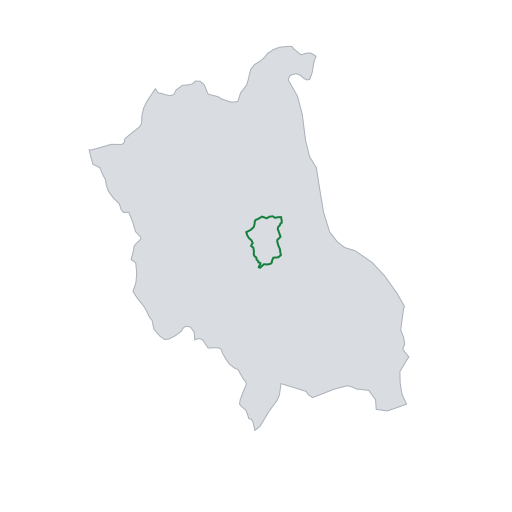 Gabrovo highlighted on a map of Bulgaria, rotated 69°
{"feature_id": "BGR-2246", "entity_name": "Gabrovo", "entity_type": "Province", "adm_level": 1, "iso_a3": "BGR", "parent_name": "Bulgaria", "parent_adm1": "", "projection": "orthographic", "projection_center": [25.265, 42.966], "detail": "fine", "context": "in_parent", "style": "outline", "palette": "green", "viewbox_px": 512, "rotation_deg": 69, "n_neighbors": 0, "source": "natural_earth", "source_scale": "10m", "svg_char_len": 3070}
<svg xmlns="http://www.w3.org/2000/svg" viewBox="0 0 512 512"><g transform="rotate(69 256 256)"><path d="M418.5,319.5L409.9,318.3L407.0,318.8L405.1,321.0L401.2,320.7L396.3,320.8L391.3,323.4L388.5,324.5L384.7,322.4L377.5,316.0L373.1,311.5L369.9,310.4L366.8,311.8L355.4,313.6L352.8,316.4L347.6,319.4L342.3,320.9L334.7,322.1L330.7,322.0L328.5,323.5L326.7,327.8L325.4,332.1L324.3,333.8L314.9,336.0L312.8,338.5L312.3,340.8L312.5,343.2L304.9,341.0L299.0,342.6L297.7,344.4L296.4,347.1L297.2,349.8L299.4,352.5L301.5,359.8L302.3,367.1L301.1,371.3L296.7,374.3L287.7,377.6L278.9,376.1L275.0,377.4L268.5,377.9L262.6,378.8L253.4,381.8L245.1,383.6L237.6,377.5L228.7,373.3L219.5,370.8L216.2,372.6L214.8,374.0L207.1,368.5L203.6,366.6L201.9,364.5L198.8,357.3L196.8,357.0L190.4,359.6L184.3,359.4L180.5,358.9L169.5,359.1L168.0,364.0L166.6,364.7L164.2,365.3L158.4,364.9L150.8,368.4L142.7,370.5L136.4,370.4L130.0,369.2L126.1,369.9L117.7,370.1L112.2,375.3L104.0,374.7L97.1,373.7L98.0,372.0L99.9,351.0L103.6,341.7L103.5,339.8L102.8,338.3L99.8,336.7L97.8,331.5L93.6,318.1L91.1,315.3L84.1,312.2L78.0,308.2L72.9,302.9L63.7,290.0L68.6,289.0L70.1,286.4L75.2,279.7L75.9,276.3L75.4,274.4L72.3,271.0L70.3,263.6L72.2,256.9L72.5,253.4L70.9,249.9L72.8,245.7L76.3,243.5L78.5,242.9L87.7,242.7L93.7,234.3L97.3,231.6L101.1,226.9L102.8,225.1L104.5,221.4L105.1,217.5L98.1,211.9L95.7,207.7L92.7,203.1L88.4,199.9L79.9,194.2L76.7,188.7L75.4,181.6L73.3,176.2L70.8,172.6L70.5,169.8L69.5,166.3L69.5,159.5L71.9,150.5L73.3,147.3L76.3,146.5L84.2,141.9L84.8,135.8L86.3,132.0L88.8,129.9L91.1,128.4L95.3,132.2L105.4,138.2L110.3,142.5L110.0,145.1L107.6,147.6L103.0,149.9L100.3,153.2L99.5,157.3L100.1,160.2L103.1,162.8L121.8,160.0L140.6,162.1L165.8,168.3L182.6,170.4L195.1,168.0L218.1,172.9L239.5,177.3L260.1,178.6L271.6,175.1L279.7,170.4L286.6,161.6L303.7,149.9L320.2,143.2L341.8,137.6L356.2,135.5L358.3,137.3L377.1,147.5L385.3,147.3L392.0,149.0L394.5,151.7L396.2,152.3L405.0,149.5L409.1,155.1L415.5,163.1L426.1,166.9L435.5,168.9L438.5,169.2L448.3,168.6L447.7,189.0L442.2,198.7L433.1,195.9L421.8,198.9L416.2,209.8L412.8,213.1L409.9,217.0L408.3,231.0L408.5,253.9L404.3,256.8L400.3,257.8L384.1,278.4L393.9,283.8L398.3,288.0L405.7,299.7L416.3,313.0L418.5,319.5Z" fill="#d9dde1" stroke="#a8b0b8" stroke-width="1"/><path d="M230.2,256.5L230.2,255.7L229.7,251.5L228.1,247.7L225.7,245.9L223.0,244.6L222.4,243.7L222.1,242.6L222.3,241.3L222.0,240.1L221.4,236.3L224.7,232.4L224.1,229.7L224.9,226.2L227.2,224.5L227.7,221.4L228.7,218.7L231.6,219.2L234.1,220.0L234.5,221.6L235.8,222.6L236.8,224.8L238.5,226.0L246.8,226.2L247.7,228.0L248.5,230.2L250.1,231.0L254.1,231.4L258.4,231.2L260.4,231.8L264.1,232.5L265.2,235.7L263.8,240.4L266.4,243.0L267.6,243.4L268.4,244.7L268.3,246.9L267.8,248.8L266.5,251.5L267.9,254.9L268.4,256.5L267.5,257.4L266.3,256.4L265.2,254.9L264.2,254.4L262.7,256.1L261.6,255.7L260.6,256.3L259.5,256.8L258.5,256.4L257.4,256.3L255.9,257.4L253.9,257.6L250.7,256.2L247.3,255.5L244.8,257.0L243.8,255.9L242.9,254.5L239.8,254.6L236.6,256.2L233.4,256.8L230.2,256.5Z" fill="none" stroke="#15803d" stroke-width="2"/></g></svg>